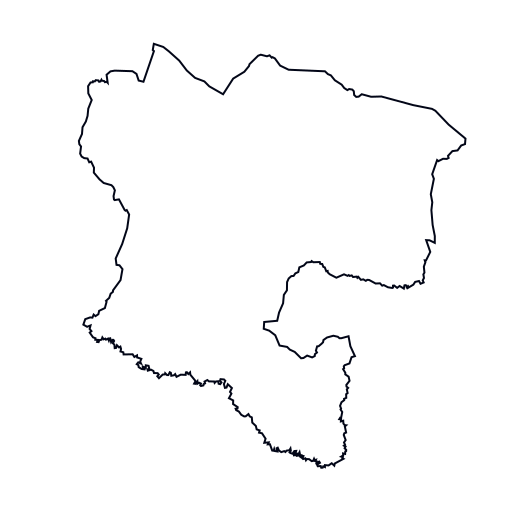 Thung Fon, Udon Thani, Thailand (Mercator projection), rotated 98°
{"feature_id": "78962969B54010161704756", "entity_name": "Thung Fon", "entity_type": "district", "adm_level": 2, "iso_a3": "THA", "parent_name": "Thailand", "parent_adm1": "Udon Thani", "projection": "mercator", "projection_center": [103.239, 17.504], "detail": "fine", "context": "isolated", "style": "outline", "palette": "ink", "viewbox_px": 512, "rotation_deg": 98, "n_neighbors": 0, "source": "geoboundaries", "source_scale": "gbopen_adm2", "svg_char_len": 6077}
<svg xmlns="http://www.w3.org/2000/svg" viewBox="0 0 512 512"><g transform="rotate(98 256 256)"><path d="M110.6,64.9L99.1,83.5L87.2,98.6L85.8,102.2L84.7,121.4L80.6,154.1L82.3,164.2L81.1,173.8L83.9,176.5L84.5,178.9L82.9,181.2L79.2,182.1L77.8,183.8L77.7,187.0L79.0,188.6L77.4,192.0L74.4,195.0L71.0,202.4L66.7,207.0L65.9,210.1L63.5,213.4L67.0,249.6L64.1,258.6L57.7,264.8L56.8,267.3L57.4,268.0L55.4,270.5L56.7,272.9L56.0,279.3L57.4,281.8L66.9,289.1L68.9,289.4L75.2,293.2L83.5,303.3L100.4,311.1L94.5,325.9L90.3,331.4L88.1,341.1L81.9,350.4L73.2,359.2L65.5,370.7L61.9,376.9L60.1,386.7L66.4,386.9L67.3,385.6L99.1,391.7L98.6,396.6L92.3,399.7L90.2,404.1L92.1,421.7L93.4,425.8L97.3,429.2L105.1,427.0L104.2,428.2L104.9,429.8L103.9,430.7L103.8,433.1L103.0,433.6L104.8,434.3L105.3,435.6L104.1,436.5L104.2,439.2L105.5,439.9L105.7,441.8L106.7,441.8L107.2,444.0L111.2,445.9L118.3,444.7L124.4,440.4L133.4,442.6L140.7,442.3L146.5,443.2L152.6,445.7L159.4,445.3L166.7,447.4L169.9,446.5L171.9,444.5L179.1,444.4L181.8,442.5L183.0,439.7L182.9,436.4L186.4,434.2L185.5,432.4L191.1,428.7L196.0,428.2L201.9,421.6L204.9,417.0L206.0,409.0L207.6,406.9L210.6,404.9L216.5,405.4L219.8,404.5L220.3,403.7L219.0,399.6L228.7,392.5L229.3,391.5L228.5,390.4L232.6,387.4L246.5,387.4L262.8,390.2L278.0,394.6L284.2,392.9L284.2,389.9L287.6,386.4L298.7,386.8L309.9,392.8L311.4,392.7L313.6,394.7L317.9,395.5L321.3,398.3L322.1,397.6L328.6,398.4L332.1,403.7L335.6,404.0L337.9,406.6L336.6,408.6L339.8,409.4L339.9,411.7L342.3,416.3L348.0,417.4L349.6,413.4L347.8,410.2L351.4,410.6L353.3,408.5L355.0,410.0L359.2,406.1L359.8,403.5L361.3,403.5L361.1,401.0L363.2,401.4L363.2,399.9L361.1,399.4L360.4,397.3L358.0,396.8L359.7,395.2L358.8,393.7L359.7,392.9L358.4,391.1L360.2,390.0L358.1,389.7L357.8,388.9L361.4,387.5L359.0,386.4L358.9,385.5L359.9,384.7L362.3,385.6L363.5,383.9L366.9,383.1L366.5,381.8L363.7,381.3L365.6,378.9L364.6,377.7L366.8,376.7L369.4,376.9L369.8,374.0L371.9,373.4L370.5,364.5L372.9,362.4L371.0,360.0L373.0,359.6L373.8,355.2L376.8,356.0L378.5,354.9L377.7,357.8L379.7,359.0L380.4,357.3L382.4,356.7L383.8,353.5L383.8,350.5L382.8,350.4L382.4,352.4L381.3,352.7L381.9,349.6L379.6,349.9L379.7,347.1L382.4,346.0L383.4,347.7L384.6,347.2L383.2,344.1L384.1,341.6L386.1,340.7L385.7,337.1L386.9,335.8L388.8,337.0L390.5,335.1L386.4,331.9L385.9,329.7L384.7,329.6L386.3,327.5L386.1,326.2L383.1,325.2L383.5,324.1L386.4,323.2L385.5,320.6L384.2,319.6L386.7,317.9L384.0,314.0L383.5,309.1L381.0,309.2L380.7,308.3L382.3,306.6L380.4,305.1L382.7,304.5L388.2,298.5L391.0,299.5L391.0,298.0L388.3,296.6L390.5,296.1L389.4,294.8L390.0,292.8L391.7,293.3L392.4,292.4L391.5,290.1L390.0,289.9L389.2,288.7L387.5,289.5L385.6,286.9L386.7,285.2L386.1,279.9L387.4,279.3L385.8,278.2L385.3,276.0L387.7,275.2L387.9,273.6L386.0,272.6L384.6,274.3L382.9,274.0L382.7,270.5L383.9,269.0L387.2,270.0L390.9,268.4L390.4,266.9L386.9,266.1L390.1,261.5L394.2,262.8L395.7,261.2L400.6,263.0L402.2,258.5L405.8,258.1L408.2,253.1L409.5,253.1L410.1,254.9L411.4,254.2L412.4,251.3L415.3,248.5L416.5,245.4L416.2,243.9L413.6,241.5L415.7,239.9L416.4,237.7L421.5,236.5L424.3,232.5L427.6,231.2L428.2,228.1L430.5,228.4L430.7,225.4L435.6,221.1L439.8,221.8L438.8,217.5L440.9,218.1L440.5,216.0L446.4,212.9L446.4,211.4L444.6,211.1L446.5,210.2L446.6,207.6L443.5,208.8L442.8,207.8L445.4,206.2L446.7,203.7L445.3,200.9L446.0,199.6L444.5,198.7L443.7,195.9L441.8,195.1L444.0,194.4L445.8,195.4L446.3,194.5L446.7,192.4L443.8,190.9L443.4,189.1L445.3,189.4L446.9,191.0L448.1,190.7L447.7,189.4L446.0,188.8L445.9,186.2L444.2,185.6L445.9,185.0L447.1,187.3L448.1,187.5L447.1,183.8L448.6,184.3L449.1,183.3L447.4,182.7L447.5,181.2L449.9,181.9L450.5,181.1L449.5,179.0L451.3,178.1L450.0,177.4L449.8,175.1L451.4,172.3L450.9,170.9L448.7,170.3L450.0,169.5L449.5,168.4L450.8,168.8L450.9,167.4L452.4,167.4L450.8,164.8L451.9,163.9L454.1,166.5L455.6,165.6L455.0,162.7L456.6,161.9L456.3,160.5L454.9,160.1L455.4,158.4L453.5,158.6L453.3,155.0L450.7,152.2L452.7,149.3L450.5,149.1L444.7,141.2L444.3,142.3L443.1,142.0L442.8,143.7L441.3,141.9L439.4,142.3L439.6,140.2L437.1,140.4L436.6,139.6L435.4,139.7L434.0,141.5L432.3,140.8L431.6,142.5L430.6,141.5L428.4,142.9L425.8,141.6L421.0,144.2L419.3,143.9L418.3,142.2L412.4,144.3L411.1,143.2L411.1,144.7L409.8,146.1L407.0,146.7L408.0,148.9L406.0,149.0L406.0,150.8L404.4,150.1L404.4,149.2L398.5,148.9L396.2,150.9L395.3,150.5L392.7,151.9L388.9,151.0L386.5,148.6L385.2,148.9L383.9,146.9L380.3,147.5L379.0,146.2L375.4,147.5L373.8,146.4L372.7,148.2L371.1,148.6L366.6,146.0L362.6,147.5L360.8,151.1L359.2,151.3L355.9,154.0L354.9,153.1L353.0,153.7L351.8,153.0L349.4,148.5L342.9,147.3L341.4,144.1L332.2,150.0L322.6,153.2L325.5,160.0L325.8,161.9L324.6,163.7L324.2,168.3L326.8,174.3L329.8,177.5L332.1,177.6L333.7,178.8L336.6,181.4L337.0,182.9L341.4,183.5L343.1,182.2L345.0,184.0L346.9,183.9L348.6,186.3L347.5,191.5L350.4,194.8L351.0,197.1L345.6,204.3L344.0,209.5L341.7,212.5L341.4,220.2L331.8,225.9L328.1,232.5L327.0,238.2L320.2,238.7L317.2,226.0L308.8,225.3L299.1,222.6L290.6,223.0L285.7,220.6L277.5,221.6L273.7,220.5L271.0,218.2L270.5,216.0L267.7,214.6L266.0,211.9L261.2,211.5L258.7,207.3L255.3,204.9L254.3,200.6L253.3,200.2L254.2,198.4L253.1,192.0L254.8,191.3L254.7,189.3L257.4,187.8L257.7,186.3L261.3,184.3L260.8,183.0L262.3,182.6L263.8,180.5L266.3,173.4L261.9,166.3L262.9,162.6L262.0,161.5L262.7,160.5L261.9,158.5L263.3,157.0L262.4,153.4L263.5,152.6L262.4,151.8L265.0,148.8L264.2,146.5L265.3,143.8L264.1,142.5L264.0,140.6L266.6,133.7L265.8,129.4L267.8,126.9L267.0,125.4L268.6,121.0L268.7,116.6L268.2,115.9L266.3,116.2L266.0,115.1L267.9,111.8L265.7,109.6L267.7,105.1L264.4,104.9L264.1,104.1L264.3,102.9L265.9,102.4L265.0,101.4L266.5,101.2L262.5,96.2L259.5,94.8L258.1,91.1L260.6,89.2L258.9,86.3L256.9,87.5L254.4,86.6L250.9,87.7L249.0,86.9L243.2,88.3L238.7,87.4L236.8,88.3L236.7,87.0L227.7,84.0L216.6,89.7L216.3,86.3L218.1,80.8L211.4,81.7L200.7,85.4L186.2,88.7L178.3,88.9L170.5,91.5L154.8,90.6L150.5,92.9L135.8,90.0L136.7,88.6L133.7,84.3L133.3,80.6L132.1,78.9L130.1,79.8L124.8,76.1L123.4,71.1L118.0,68.2L116.1,64.6L110.6,64.9Z" fill="none" stroke="#020617" stroke-width="2"/></g></svg>